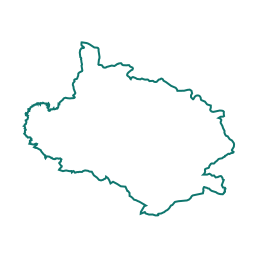 the district of Ambohidratrimo, Analamanga, Madagascar, rotated 84°
{"feature_id": "10022922B52736847594449", "entity_name": "Ambohidratrimo", "entity_type": "district", "adm_level": 2, "iso_a3": "MDG", "parent_name": "Madagascar", "parent_adm1": "Analamanga", "projection": "robinson", "projection_center": [47.401, -18.676], "detail": "fine", "context": "isolated", "style": "outline", "palette": "teal", "viewbox_px": 256, "rotation_deg": 84, "n_neighbors": 0, "source": "geoboundaries", "source_scale": "gbopen_adm2", "svg_char_len": 5810}
<svg xmlns="http://www.w3.org/2000/svg" viewBox="0 0 256 256"><g transform="rotate(84 128 128)"><path d="M162.4,201.0L164.1,197.2L163.8,194.7L163.8,193.8L164.8,190.8L164.9,188.7L166.3,188.5L165.1,186.9L165.7,186.0L166.8,185.6L166.9,184.9L166.5,183.4L166.7,181.7L166.5,181.1L166.9,178.3L166.1,177.1L165.7,175.1L166.4,172.2L167.3,170.9L167.7,168.6L171.5,166.9L174.1,164.0L176.6,162.2L177.3,160.3L176.9,158.1L176.2,156.9L176.1,156.1L175.4,155.3L174.1,154.9L175.7,153.2L178.0,152.1L181.3,151.2L179.9,148.5L182.6,144.5L185.2,141.3L186.1,136.7L190.6,135.2L190.7,134.6L192.7,133.3L195.8,133.5L196.5,132.3L197.9,130.9L199.9,129.5L200.7,127.4L201.7,125.9L202.5,124.4L207.0,118.3L207.5,120.0L212.7,123.9L214.6,124.3L213.4,120.1L213.6,119.8L214.6,119.6L214.9,119.2L216.3,116.1L216.6,112.5L217.8,109.9L218.0,107.5L217.9,107.1L217.0,107.2L216.5,106.8L216.5,103.9L215.6,101.5L215.5,100.9L214.3,99.1L213.6,97.3L212.2,95.5L209.6,93.4L209.2,91.9L206.6,89.3L206.4,88.8L206.1,85.5L206.2,76.9L205.5,74.7L204.0,72.8L203.1,72.3L202.3,71.5L201.8,70.5L200.8,60.3L198.7,59.7L198.3,59.4L197.1,59.6L195.8,59.3L194.7,58.6L194.7,58.2L195.5,56.8L195.6,56.0L196.4,55.0L196.7,53.7L198.3,52.5L199.3,51.3L201.0,47.3L202.2,45.9L202.9,44.5L203.4,43.1L203.8,40.7L203.5,40.3L202.7,39.3L202.1,39.3L201.6,38.2L200.6,38.1L199.7,38.4L199.1,38.0L198.9,37.6L198.5,37.4L197.6,37.8L197.1,39.8L194.6,40.7L189.7,38.2L189.2,39.1L187.5,39.3L185.8,40.2L185.5,40.7L185.6,42.2L186.2,43.8L186.3,46.0L184.2,47.4L184.2,49.3L184.0,49.7L182.9,50.5L182.0,51.8L182.6,54.1L182.2,57.9L181.5,57.0L180.3,56.2L179.2,55.8L178.0,55.9L177.1,55.7L176.5,54.4L176.1,52.0L175.7,51.6L174.2,51.0L172.3,49.3L172.0,48.3L172.3,46.9L172.2,45.9L171.1,44.9L169.8,42.8L168.5,41.4L168.2,40.7L167.9,37.4L167.0,36.2L166.7,34.9L166.3,34.5L165.8,34.4L165.6,33.5L164.1,30.9L164.5,29.7L163.9,28.6L163.7,27.4L163.7,26.5L163.3,25.7L162.8,25.5L161.5,26.9L160.8,27.0L157.7,24.7L155.2,24.2L154.0,24.4L151.3,25.9L149.7,28.1L146.7,29.7L146.0,31.3L144.6,32.1L142.7,32.6L141.0,32.3L138.0,33.5L135.9,33.9L132.6,35.3L131.6,35.2L130.4,34.5L129.5,34.4L128.0,35.5L127.5,36.8L126.5,34.7L126.6,32.2L126.2,31.2L123.9,31.3L121.8,31.0L121.0,31.7L120.6,32.7L120.2,34.9L120.9,41.3L120.6,42.6L120.1,43.4L119.1,44.2L118.2,44.3L116.4,43.5L114.3,43.3L113.0,46.5L112.6,47.0L109.8,48.7L107.9,52.2L107.2,52.5L105.3,52.6L104.2,53.1L103.6,53.6L103.2,54.2L102.9,55.1L102.9,56.2L103.0,56.8L103.8,58.2L106.2,60.0L106.2,60.4L104.3,61.9L103.8,62.1L102.0,61.9L100.2,60.6L97.6,61.0L96.3,62.6L96.3,64.8L96.8,68.3L96.2,75.0L94.7,75.3L93.0,76.4L90.6,80.7L86.4,85.3L84.7,87.7L83.2,88.3L82.5,89.2L82.3,89.8L83.0,91.1L83.0,92.1L83.3,92.6L85.1,94.7L85.1,96.0L84.8,97.1L83.9,98.0L83.7,98.4L83.6,101.8L82.1,102.9L81.8,103.6L81.7,105.9L81.1,107.5L80.3,108.9L80.3,109.4L80.9,110.5L80.2,113.8L79.0,115.4L77.9,117.6L77.9,118.2L78.2,118.8L79.0,119.7L79.7,120.1L79.0,120.7L78.0,120.8L76.4,122.6L75.6,123.3L75.0,123.3L73.8,122.8L72.7,121.6L70.9,118.8L70.5,117.5L69.4,116.9L68.4,117.2L67.2,119.3L66.8,119.7L65.7,120.2L65.5,121.3L65.5,123.1L65.0,126.3L64.4,127.2L63.0,127.9L62.8,128.9L62.9,130.6L63.1,131.3L63.3,131.4L63.5,132.5L64.3,133.7L64.9,135.1L64.2,137.6L65.1,143.0L65.6,143.8L65.5,145.2L65.1,146.2L63.0,147.3L62.4,148.7L62.2,150.4L61.7,150.8L57.1,149.8L55.6,149.1L54.2,148.9L48.1,149.2L46.4,149.0L45.4,149.4L44.9,150.2L44.4,153.1L41.0,157.2L39.6,159.3L39.1,160.6L38.0,164.8L38.0,165.2L39.3,165.5L40.6,165.6L41.3,165.3L43.0,163.5L43.5,163.4L43.8,163.8L43.8,165.9L45.5,167.4L48.0,168.1L52.7,168.0L53.4,167.3L53.8,167.2L54.9,167.6L55.5,167.4L57.6,167.4L59.7,167.1L60.4,167.2L61.1,167.7L66.0,167.4L66.6,167.7L67.7,170.6L68.6,171.7L70.9,172.1L72.3,172.9L73.5,173.4L73.8,173.8L74.1,175.8L74.4,176.3L74.8,176.5L76.1,176.3L77.5,177.8L78.2,178.1L79.4,178.4L81.2,177.9L83.3,177.9L87.7,176.7L88.7,177.4L89.8,179.1L90.1,179.2L91.4,178.0L92.0,177.8L92.4,178.2L92.6,179.0L92.5,180.8L92.5,182.8L92.0,185.2L91.4,186.9L91.7,188.4L92.2,189.2L93.0,189.7L95.3,193.1L96.1,193.6L97.4,193.8L97.4,194.1L96.9,194.6L99.9,195.2L101.2,196.1L101.3,196.3L100.8,196.9L101.5,197.7L101.7,199.3L101.4,199.8L100.6,199.9L101.6,200.9L101.3,202.7L102.4,203.5L102.8,204.2L102.6,204.9L102.1,205.3L101.0,204.9L100.1,205.4L99.1,204.8L99.0,205.1L99.3,205.8L99.2,206.0L98.1,205.6L97.7,204.2L96.6,203.9L95.0,204.6L95.2,204.9L95.8,205.0L96.5,206.6L95.1,206.8L94.9,208.5L94.0,209.9L94.4,210.3L94.5,210.9L94.0,212.1L94.2,212.5L95.5,212.9L94.8,213.4L94.6,213.9L94.0,214.2L94.0,215.3L94.8,215.4L94.1,215.9L95.0,216.7L94.8,217.4L95.2,217.6L95.1,218.1L95.2,219.0L95.9,219.4L95.8,220.7L96.6,220.8L97.2,222.7L99.2,223.7L98.7,224.5L98.8,225.2L99.1,225.2L99.5,224.4L100.1,224.6L100.8,224.5L100.8,225.4L102.6,226.3L102.7,226.9L102.4,227.9L103.2,228.4L103.5,228.2L103.6,226.9L103.9,227.0L104.4,228.0L104.7,228.1L105.3,226.3L105.8,226.7L107.0,226.3L108.9,227.1L109.7,229.0L110.1,229.0L110.5,228.5L111.7,228.5L113.4,229.2L113.7,230.3L114.8,230.5L115.2,231.2L115.5,230.7L116.8,230.3L117.4,230.4L117.8,230.8L118.9,229.8L119.3,229.9L119.8,230.7L121.1,231.0L121.9,230.9L122.8,231.8L124.0,230.7L124.5,230.6L125.3,229.9L125.8,229.8L125.9,229.3L127.1,228.5L126.9,227.5L127.1,226.3L127.3,226.0L128.0,225.8L128.4,225.4L128.7,225.8L129.1,225.8L129.9,225.1L130.3,225.7L130.3,226.2L130.5,226.9L131.8,227.0L132.2,226.6L132.4,226.7L132.3,227.1L132.8,227.5L133.2,227.3L133.4,227.5L134.6,223.6L133.9,221.0L134.4,220.1L135.5,220.8L135.8,221.5L137.3,223.4L138.1,222.1L138.4,220.6L140.9,217.1L142.2,216.7L145.1,214.8L146.4,213.7L146.5,213.3L148.8,213.5L149.5,213.2L147.7,211.7L148.3,209.2L149.5,207.7L149.6,207.1L150.0,207.1L150.1,206.6L150.8,205.9L151.3,204.6L150.8,203.1L151.0,203.0L150.7,202.6L150.9,200.9L151.3,200.2L151.3,199.4L151.1,198.7L152.2,197.5L153.1,198.1L154.3,198.3L155.3,199.9L155.7,200.1L158.5,198.5L158.9,197.9L159.6,198.0L161.7,200.5L162.4,201.0Z" fill="none" stroke="#0f766e" stroke-width="2"/></g></svg>